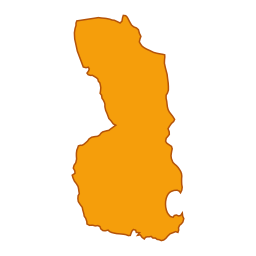 Palhoça, Santa Catarina, Brazil
{"feature_id": "56859067B52054946990631", "entity_name": "Palhoça", "entity_type": "district", "adm_level": 2, "iso_a3": "BRA", "parent_name": "Brazil", "parent_adm1": "Santa Catarina", "projection": "mercator", "projection_center": [-48.656, -27.763], "detail": "fine", "context": "isolated", "style": "filled", "palette": "amber", "viewbox_px": 256, "rotation_deg": 0, "n_neighbors": 0, "source": "geoboundaries", "source_scale": "gbopen_adm2", "svg_char_len": 2950}
<svg xmlns="http://www.w3.org/2000/svg" viewBox="0 0 256 256"><path d="M164.7,54.8L162.6,54.3L159.6,53.8L156.6,53.2L153.6,52.4L149.9,50.6L146.6,49.1L144.1,47.7L142.1,46.2L140.7,44.3L139.3,41.9L140.0,38.9L140.9,36.4L139.5,33.6L138.4,29.7L136.5,28.0L133.6,26.8L131.6,25.2L130.3,23.0L129.2,21.0L128.3,19.2L127.2,17.2L125.7,15.7L123.3,15.4L122.5,18.0L122.0,21.1L120.1,23.0L117.0,21.5L114.4,20.3L112.0,20.0L109.8,19.2L105.9,18.4L101.4,18.0L98.4,17.6L76.8,20.9L76.0,23.1L76.0,25.4L75.1,28.4L74.4,32.8L74.5,35.5L74.7,38.9L77.3,51.0L83.3,67.0L86.0,67.7L88.3,67.2L89.3,69.0L88.4,71.2L87.0,73.1L88.2,74.7L90.5,75.4L92.4,75.3L94.4,76.5L96.4,77.7L97.8,79.0L98.4,81.3L99.8,82.8L100.3,84.8L100.8,87.7L100.5,91.0L100.1,93.3L101.6,95.2L102.0,98.2L103.2,99.9L104.3,102.1L104.9,104.1L104.9,106.8L105.7,110.4L107.1,113.6L108.2,116.6L108.9,118.5L111.1,120.9L113.3,123.9L115.8,125.2L113.2,127.1L111.1,128.6L108.9,130.3L106.6,130.8L104.8,131.3L102.7,131.9L101.0,133.2L99.6,135.1L97.5,136.3L94.8,136.6L91.7,137.2L89.1,138.9L87.6,141.0L86.1,142.4L84.0,144.2L82.1,145.3L80.2,145.3L78.4,145.9L77.7,148.0L76.8,150.2L76.4,153.2L76.4,155.9L76.6,159.1L75.8,162.7L74.1,165.2L73.3,168.1L74.8,170.8L75.0,173.3L72.2,175.2L73.1,178.2L74.4,181.1L76.4,183.7L78.1,186.5L78.6,189.0L78.9,191.2L79.3,193.7L78.1,195.7L77.9,198.7L78.3,201.6L80.3,204.7L82.3,207.4L82.7,209.7L83.3,211.8L83.9,214.1L84.2,216.1L85.7,218.3L86.8,221.5L87.0,224.0L89.4,225.3L92.7,225.2L95.2,225.9L97.8,225.6L99.9,226.5L100.8,228.9L102.9,230.6L105.2,230.8L108.1,230.1L109.5,231.5L111.4,232.4L113.7,233.0L116.6,233.6L119.3,233.8L121.2,234.0L123.2,234.2L125.7,234.6L128.4,235.6L130.3,235.4L131.0,233.4L131.9,231.1L133.4,229.5L135.7,230.2L136.3,232.4L139.6,232.7L137.6,235.3L140.2,234.8L142.1,237.4L144.3,239.0L145.5,237.3L147.3,236.8L149.3,236.8L151.2,236.4L152.8,238.0L155.5,238.1L157.1,239.4L159.2,239.7L161.3,240.6L163.7,240.0L165.8,238.4L167.8,236.0L170.1,233.8L173.2,232.6L175.6,231.6L177.9,232.4L178.7,230.0L178.5,227.7L179.6,225.3L181.3,223.9L182.8,222.1L183.8,218.6L182.7,216.3L182.3,213.0L180.6,215.5L178.6,216.0L176.4,215.0L174.3,215.5L173.1,217.3L170.4,216.5L168.4,214.3L167.3,212.6L166.4,210.2L165.7,207.1L165.5,204.2L165.6,201.5L166.2,198.4L167.0,196.2L168.0,194.3L169.5,192.5L171.3,191.4L174.1,190.4L177.2,190.2L179.2,191.1L180.5,192.8L181.8,190.1L182.2,187.2L181.7,184.3L181.6,181.4L181.6,178.9L181.8,176.2L181.5,173.7L180.7,171.5L179.4,169.4L178.2,167.6L176.4,165.6L174.8,164.3L172.9,162.4L171.4,158.7L171.0,155.8L171.3,153.4L171.7,151.1L172.2,148.8L171.5,146.4L169.4,145.0L166.8,143.2L165.6,141.3L166.2,138.2L167.8,136.4L169.3,134.4L169.2,131.8L168.0,128.7L169.8,125.7L171.5,123.4L173.6,121.5L174.6,119.4L172.7,116.4L170.6,113.7L169.3,112.0L168.1,109.6L167.4,106.9L167.1,104.6L166.7,101.2L166.1,98.3L166.1,95.2L167.4,93.1L168.4,90.1L168.4,86.5L168.2,83.1L167.6,78.6L167.1,74.4L166.0,70.2L165.4,67.9L164.4,63.3L164.5,60.0L164.8,57.0L164.7,54.8Z" fill="#f59e0b" stroke="#b45309" stroke-width="1.5"/></svg>